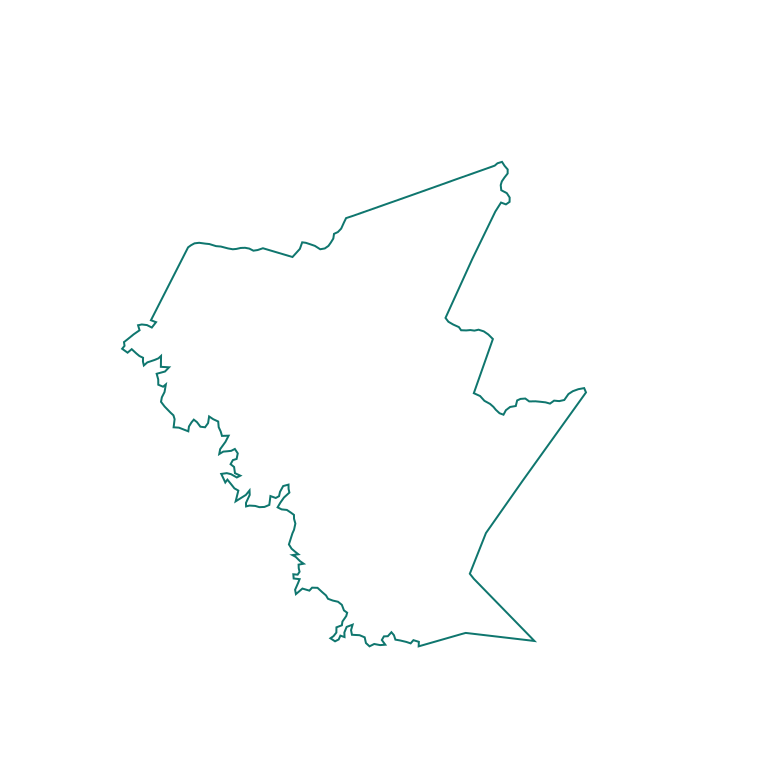 outline of Caridade, Ceará, Brazil, rotated 117°
{"feature_id": "56859067B82904278337495", "entity_name": "Caridade", "entity_type": "district", "adm_level": 2, "iso_a3": "BRA", "parent_name": "Brazil", "parent_adm1": "Ceará", "projection": "orthographic", "projection_center": [-39.078, -4.195], "detail": "fine", "context": "isolated", "style": "outline", "palette": "teal", "viewbox_px": 768, "rotation_deg": 117, "n_neighbors": 0, "source": "geoboundaries", "source_scale": "gbopen_adm2", "svg_char_len": 3526}
<svg xmlns="http://www.w3.org/2000/svg" viewBox="0 0 768 768"><g transform="rotate(117 384 384)"><path d="M296.8,203.8L300.4,208.5L304.7,212.5L309.2,215.1L316.4,216.1L319.7,220.1L321.6,224.9L326.1,227.2L327.0,231.7L328.8,236.5L330.7,241.3L333.6,246.7L332.8,251.5L335.3,255.6L338.2,257.9L343.8,256.6L347.2,261.2L352.0,263.5L357.1,263.6L357.6,267.8L356.2,272.7L354.7,276.1L353.6,280.4L353.4,286.9L351.1,292.9L351.4,299.8L294.5,307.4L292.5,313.6L291.8,319.0L292.7,324.4L295.4,327.7L296.7,331.5L298.9,335.0L301.1,339.7L299.3,343.1L299.6,349.3L299.3,354.9L297.2,359.2L232.2,362.1L179.8,363.1L169.2,362.1L168.6,356.9L164.7,354.8L160.8,356.7L158.2,361.2L158.1,367.5L153.8,370.3L150.0,371.0L145.3,370.4L140.3,369.4L136.7,371.2L134.9,375.6L132.5,379.7L135.8,383.1L139.2,384.5L150.3,395.0L168.7,412.5L187.9,430.6L205.1,446.9L249.0,488.7L253.4,493.1L258.3,493.0L265.0,492.7L269.6,494.1L272.9,496.7L277.4,495.2L282.2,495.6L286.2,496.2L290.1,498.3L292.9,502.0L292.3,508.3L293.0,513.3L293.7,517.8L294.9,521.2L301.8,520.3L307.0,521.7L312.4,523.2L318.0,553.5L322.0,557.4L324.5,560.9L324.5,565.5L325.7,569.6L327.8,573.4L330.7,576.9L332.6,579.9L334.0,584.5L335.6,591.8L337.4,596.2L338.6,603.2L340.0,606.8L342.1,612.8L344.7,616.7L347.9,618.9L351.2,620.6L411.0,620.6L433.0,620.6L432.4,615.2L439.1,616.5L439.1,621.9L440.9,626.8L443.3,629.8L447.1,626.2L453.4,629.6L460.4,632.7L464.7,634.7L467.8,632.5L471.5,633.3L472.5,626.7L467.5,624.6L469.2,618.6L470.1,614.6L470.0,610.6L473.4,609.0L476.5,606.4L472.2,604.7L466.9,599.5L463.5,596.6L460.2,595.4L470.0,590.6L466.7,583.1L472.3,584.8L478.1,591.2L482.5,587.2L487.1,584.8L486.7,579.6L483.4,578.2L490.8,575.9L496.7,575.9L501.1,574.6L503.7,569.2L506.5,561.0L507.5,557.4L510.4,554.6L518.1,551.8L516.0,546.9L515.0,536.9L510.4,538.5L505.6,538.1L502.1,537.3L502.9,533.3L505.4,528.2L503.8,523.8L498.7,523.0L492.3,525.1L492.9,520.2L492.7,514.7L497.5,511.7L500.5,507.9L503.8,504.8L500.6,499.0L507.5,499.0L516.4,500.4L521.2,499.0L517.2,496.5L514.9,492.8L512.9,489.8L509.6,487.4L512.2,482.8L517.7,481.3L520.4,484.1L525.1,484.3L526.0,479.9L531.1,476.3L530.9,470.4L534.1,472.7L533.8,479.4L534.8,483.6L538.0,488.2L541.2,484.0L543.8,480.7L540.3,480.1L542.7,474.7L544.9,469.9L545.1,465.4L555.9,462.9L545.5,456.7L539.9,455.5L543.8,453.3L552.6,453.0L555.7,451.3L553.4,448.7L551.1,443.4L550.3,439.1L547.8,434.7L543.8,431.3L535.4,434.3L534.7,428.7L531.6,426.6L527.3,427.7L520.7,427.5L517.0,423.4L520.8,421.4L523.7,419.0L530.6,421.6L536.9,422.5L542.2,422.8L542.2,418.3L540.3,413.4L540.9,408.4L541.5,404.8L544.9,403.0L548.6,399.6L554.7,398.0L558.6,397.8L570.1,395.9L572.7,391.6L573.8,387.0L574.6,383.0L578.0,387.9L578.1,384.3L580.0,378.3L580.6,374.0L583.7,378.1L586.9,376.3L589.6,374.0L593.1,374.4L594.7,378.4L598.3,376.2L596.2,370.6L600.5,370.2L607.7,369.8L611.2,367.1L603.3,363.8L602.0,356.7L598.1,355.6L595.8,350.7L597.5,344.6L598.7,339.7L600.8,336.4L600.2,331.3L598.9,326.1L599.9,321.3L603.9,316.9L604.5,313.0L607.9,312.3L614.5,313.2L618.1,312.0L622.4,315.9L627.1,313.6L631.6,314.5L634.9,316.3L635.5,310.8L632.2,308.4L628.0,308.6L627.4,304.3L623.4,306.5L617.4,307.0L612.7,302.7L618.3,301.6L622.0,298.7L618.9,291.7L618.5,286.2L623.0,282.5L624.3,277.8L620.1,274.7L618.4,268.9L615.7,264.5L613.1,269.7L608.9,269.5L607.0,266.1L601.8,264.7L603.3,261.1L606.6,257.8L605.1,252.9L603.7,247.1L603.0,242.5L598.9,241.5L597.9,235.9L602.0,234.0L571.6,201.4L568.7,198.2L546.7,138.8L544.7,133.3L542.8,138.8L516.8,215.5L514.1,221.4L470.5,225.5L407.6,216.6L299.8,200.2L296.8,203.8Z" fill="none" stroke="#0f766e" stroke-width="2"/></g></svg>